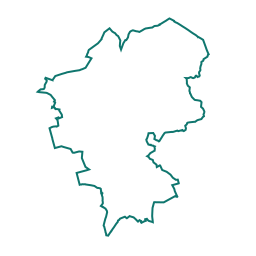 Pūres pag., Tukums, Latvia, rotated 355°
{"feature_id": "27541924B42244079207170", "entity_name": "Pūres pag.", "entity_type": "district", "adm_level": 2, "iso_a3": "LVA", "parent_name": "Latvia", "parent_adm1": "Tukums", "projection": "mercator", "projection_center": [22.936, 57.042], "detail": "fine", "context": "isolated", "style": "outline", "palette": "teal", "viewbox_px": 256, "rotation_deg": 355, "n_neighbors": 0, "source": "geoboundaries", "source_scale": "gbopen_adm2", "svg_char_len": 5569}
<svg xmlns="http://www.w3.org/2000/svg" viewBox="0 0 256 256"><g transform="rotate(355 128 128)"><path d="M74.9,180.3L75.7,180.1L76.4,180.3L77.4,180.0L78.5,180.2L79.4,180.2L80.5,180.3L80.7,180.5L86.1,181.8L89.5,182.8L92.2,185.0L93.6,185.2L94.9,185.7L95.0,185.7L95.6,186.3L95.6,187.4L95.7,188.1L95.6,188.6L95.8,188.7L95.9,189.5L95.9,189.8L95.6,190.2L95.7,190.3L96.1,190.5L96.6,190.5L96.8,190.7L96.7,190.9L96.6,191.2L95.9,191.5L96.2,192.1L96.1,192.4L96.3,193.5L96.6,194.5L96.6,195.1L96.5,197.1L96.3,198.0L96.4,199.1L96.4,200.6L96.3,201.0L95.3,202.2L94.2,203.3L95.7,204.4L97.1,205.3L97.1,205.2L98.3,206.2L98.5,206.3L99.7,208.6L99.9,210.0L98.4,214.6L97.6,216.2L96.3,219.8L96.0,220.7L95.2,223.1L95.8,224.4L95.8,224.8L96.0,225.9L96.5,228.9L96.5,229.0L96.6,230.3L97.0,231.1L97.0,231.8L96.9,232.4L97.0,233.0L98.9,233.5L99.4,232.8L100.2,231.8L102.3,229.2L102.4,229.3L103.8,227.4L105.3,225.7L107.9,222.4L108.8,221.5L108.9,221.3L109.4,221.0L109.5,220.8L110.0,219.3L111.3,218.7L111.9,217.8L112.2,217.6L117.2,216.1L118.9,217.8L119.0,217.8L122.0,215.9L122.7,216.3L125.8,217.5L127.2,219.0L128.4,220.3L128.4,220.5L129.8,222.1L131.4,220.8L132.8,221.7L132.6,222.0L132.6,222.7L132.8,223.2L133.1,223.6L135.8,222.5L137.6,222.0L137.1,220.5L137.1,220.4L138.9,220.1L139.8,221.6L140.7,222.4L143.7,223.6L144.5,224.0L144.5,222.0L144.4,219.3L144.4,219.0L144.4,217.8L145.2,211.7L145.5,209.7L147.3,204.8L147.6,204.2L157.1,205.2L168.5,200.2L168.5,200.3L169.1,200.3L170.4,200.5L171.4,201.4L169.1,194.9L168.8,192.7L167.1,188.8L173.7,187.6L173.8,187.4L173.7,187.2L173.1,183.8L171.2,183.8L168.3,181.4L166.3,178.2L162.7,175.0L158.4,172.8L156.9,168.5L156.5,168.0L153.3,169.4L153.2,167.6L153.2,167.0L151.1,165.1L150.4,164.5L149.9,162.0L147.0,160.5L146.1,158.7L144.7,157.8L146.0,157.1L148.0,155.0L149.9,154.1L151.0,153.6L152.0,153.1L152.4,152.9L152.5,152.9L152.9,151.1L152.9,150.7L152.8,150.1L152.7,149.2L152.7,148.9L152.8,149.0L153.1,148.7L151.2,147.8L149.9,147.3L148.9,147.0L149.0,146.7L146.9,146.3L145.5,142.9L145.2,141.2L145.6,140.6L145.9,140.4L147.4,137.0L148.0,135.0L152.7,135.2L154.2,138.3L153.9,139.0L153.6,140.5L153.3,141.2L155.3,142.7L156.5,143.0L157.4,144.0L158.0,143.9L160.6,140.5L161.2,139.7L162.2,138.3L162.6,137.9L163.9,136.3L164.8,135.8L171.4,135.7L171.5,135.8L172.7,135.8L175.0,135.3L176.9,134.9L177.0,135.0L177.7,135.5L177.9,135.5L181.8,134.8L181.9,135.4L182.9,135.4L183.3,135.9L183.6,135.8L185.2,134.9L185.7,133.4L185.7,133.2L185.3,131.4L185.2,130.8L185.2,130.7L185.3,130.6L186.5,129.8L186.8,129.5L187.0,129.2L187.3,128.3L187.9,127.9L188.9,127.8L190.0,127.7L194.6,127.6L195.4,127.7L197.7,126.3L199.0,126.0L201.9,125.5L203.3,123.8L203.5,123.6L204.7,122.9L204.4,121.0L205.2,119.6L205.5,118.2L205.0,116.8L204.4,115.2L202.6,113.3L202.7,112.7L203.5,108.7L202.7,107.7L202.5,107.3L202.4,107.2L199.5,106.4L197.6,106.0L196.8,105.7L194.5,102.9L194.2,102.4L193.2,99.4L192.8,99.0L192.8,98.8L192.8,97.8L192.5,96.8L192.4,96.4L193.1,92.9L191.3,91.1L190.5,88.7L190.7,87.3L190.7,85.4L190.8,84.2L190.7,84.1L190.0,83.3L191.5,83.5L192.8,83.5L193.0,83.4L194.7,82.8L195.0,82.8L195.4,83.0L196.7,83.8L197.0,83.9L197.4,84.0L198.7,83.6L199.1,83.4L199.2,83.2L199.8,82.2L200.0,81.9L200.4,81.8L200.7,81.9L201.0,82.2L201.6,83.1L201.8,83.3L202.4,83.0L203.3,82.9L203.5,82.8L203.8,82.3L204.0,82.0L204.0,81.7L203.7,80.5L203.6,80.0L203.6,79.5L203.7,78.6L203.8,78.4L204.7,77.4L205.0,77.0L205.2,76.5L205.2,76.3L205.1,74.8L205.2,74.6L205.5,73.4L206.0,72.1L206.4,71.3L206.6,70.9L206.7,70.5L206.8,69.7L206.8,68.9L206.8,68.7L207.1,68.4L208.6,67.7L208.9,67.4L209.0,67.2L209.2,66.1L209.3,66.0L213.3,63.9L214.0,62.1L214.8,61.6L214.4,60.7L213.7,58.5L213.1,56.6L212.5,54.2L210.8,47.8L210.5,46.7L208.5,45.2L205.6,43.2L205.5,43.3L205.4,43.1L203.7,41.4L201.4,39.7L199.4,38.1L196.6,35.7L193.7,33.4L190.9,31.3L189.8,30.4L186.2,27.7L184.5,26.8L183.2,25.8L183.2,25.6L183.4,25.5L183.3,25.3L179.7,23.0L178.8,22.5L176.5,23.7L175.1,24.5L173.4,25.3L172.0,26.0L169.4,27.3L168.6,28.0L168.4,27.9L168.2,27.7L167.6,28.3L167.1,28.5L166.2,28.7L163.6,28.7L163.1,28.8L162.7,29.0L161.0,30.0L158.5,30.1L154.2,30.4L152.8,30.9L150.8,31.9L147.7,33.3L146.3,32.7L144.5,32.3L141.4,31.1L139.7,31.6L138.4,32.3L136.7,34.8L135.9,37.7L134.5,39.6L133.9,40.3L133.0,40.2L130.8,43.1L130.0,44.8L127.9,49.3L127.0,45.6L127.6,41.9L128.0,40.2L126.9,37.3L126.2,35.6L124.7,34.4L123.4,32.4L122.3,31.7L120.8,30.6L118.3,27.1L112.8,30.6L112.2,31.7L111.7,32.7L109.4,36.7L109.5,37.1L108.7,37.9L105.5,41.0L95.8,46.8L95.1,48.1L94.9,49.1L93.7,51.0L93.3,52.3L93.2,52.3L92.5,53.3L94.7,53.8L95.9,54.4L97.7,55.4L94.5,59.6L91.0,64.3L88.8,65.0L88.0,65.3L85.9,65.8L84.8,66.2L80.0,66.5L72.1,67.2L70.7,67.6L67.0,68.3L60.1,69.9L57.5,73.1L56.9,73.6L56.9,73.8L50.3,70.8L49.8,71.7L50.1,71.9L50.8,73.0L51.2,73.7L51.2,73.9L50.8,75.0L49.6,76.7L49.0,77.6L48.8,78.0L48.7,78.8L48.5,80.4L48.4,80.6L47.7,81.7L47.1,81.9L44.3,81.9L41.8,83.6L41.2,84.1L42.5,84.5L49.6,85.8L50.4,86.1L53.5,88.1L54.0,88.5L54.9,90.0L57.6,93.9L56.6,95.3L57.5,95.8L57.7,96.1L57.7,96.3L55.9,99.8L56.0,99.8L56.1,100.4L54.3,100.1L54.0,101.3L55.0,101.0L55.6,101.0L56.0,101.0L56.6,101.3L56.7,101.5L57.0,101.8L56.9,102.1L57.1,102.5L57.3,102.7L57.5,102.9L58.7,102.9L60.7,103.4L61.3,103.6L61.2,103.8L61.0,104.6L63.2,108.9L63.3,111.4L59.9,112.4L59.6,111.4L57.1,112.1L57.7,112.9L58.5,114.2L58.7,117.1L58.8,119.6L57.1,120.4L56.6,120.1L53.9,120.1L52.3,120.4L49.8,121.4L51.6,131.3L51.7,131.0L51.7,132.3L53.4,141.6L60.1,140.4L62.2,141.3L69.0,143.9L70.7,147.7L71.8,147.9L72.0,148.0L77.3,147.1L80.5,147.7L79.4,153.9L81.5,160.7L81.7,161.3L82.2,163.0L85.6,165.9L83.1,166.5L72.9,168.3L74.9,180.3Z" fill="none" stroke="#0f766e" stroke-width="2"/></g></svg>